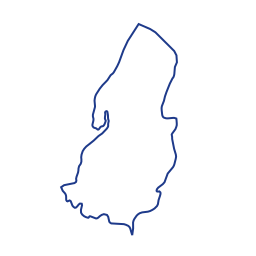 outline of Khenchela, rotated 192°
{"feature_id": "DZA-2219", "entity_name": "Khenchela", "entity_type": "Province", "adm_level": 1, "iso_a3": "DZA", "parent_name": "Algeria", "parent_adm1": "", "projection": "equal_earth", "projection_center": [7.088, 34.922], "detail": "fine", "context": "isolated", "style": "outline", "palette": "blue", "viewbox_px": 256, "rotation_deg": 192, "n_neighbors": 0, "source": "natural_earth", "source_scale": "10m", "svg_char_len": 2707}
<svg xmlns="http://www.w3.org/2000/svg" viewBox="0 0 256 256"><g transform="rotate(192 128 128)"><path d="M84.1,72.5L82.9,71.7L82.5,70.4L82.6,68.2L83.1,63.8L82.9,59.7L83.4,57.7L85.3,54.8L87.1,53.0L89.1,51.4L91.1,50.3L96.6,48.4L98.8,47.1L100.2,45.7L101.3,44.1L102.8,40.6L103.3,38.8L103.4,36.7L102.1,30.8L101.6,24.1L103.4,27.3L104.8,30.0L105.8,31.3L107.3,32.3L109.9,32.9L112.0,33.1L124.5,31.2L125.5,31.5L126.8,32.4L128.9,37.0L130.5,38.6L133.7,38.7L135.7,37.5L137.3,35.8L138.5,34.1L139.7,33.1L140.7,32.9L146.4,33.8L147.1,33.7L147.5,33.2L147.6,32.9L147.7,32.5L148.1,32.0L148.5,31.9L150.7,32.1L152.6,32.6L154.8,33.8L156.3,35.4L157.0,38.1L156.9,42.9L157.5,44.3L159.3,44.1L160.3,42.9L161.3,40.9L162.2,39.5L163.3,38.9L164.7,39.4L166.2,40.5L168.8,44.5L170.0,45.0L170.8,44.5L171.8,43.7L172.6,43.8L173.5,44.8L174.4,48.6L174.9,49.6L175.8,50.8L178.8,53.0L181.1,56.2L178.6,58.8L168.9,63.0L167.6,64.5L167.6,66.0L168.2,67.5L168.2,69.5L167.6,74.1L167.7,76.2L168.0,78.2L167.9,80.5L166.8,83.1L166.6,85.3L167.0,87.4L167.7,89.7L167.9,92.2L167.5,95.9L166.5,98.6L165.0,101.2L158.9,108.6L155.2,114.0L152.1,117.3L148.7,122.8L148.0,124.5L147.8,125.6L147.9,126.3L148.1,126.9L148.2,127.6L148.3,128.4L148.3,130.0L148.3,130.7L148.5,131.3L149.2,132.5L149.6,133.7L149.8,134.4L150.1,135.7L150.5,137.0L151.5,139.5L151.9,139.9L152.5,140.0L153.3,139.5L153.6,138.8L153.6,138.2L153.1,136.9L153.0,136.3L152.8,134.0L152.7,133.3L152.6,132.6L152.3,132.0L152.0,131.5L151.6,131.0L151.3,130.5L151.3,129.6L151.7,127.0L152.0,126.0L152.4,125.2L152.8,124.7L153.3,124.4L153.9,124.2L154.6,123.8L155.2,123.1L155.9,121.5L156.3,120.7L156.9,120.2L157.4,120.2L159.0,121.0L159.7,121.1L161.1,121.2L161.8,121.4L162.3,121.8L162.8,122.2L163.2,122.8L163.4,123.4L163.5,124.1L163.4,127.3L163.4,128.1L163.5,128.8L163.6,129.5L163.8,130.1L164.4,131.3L164.7,131.9L164.9,132.7L165.1,133.8L164.7,141.1L164.7,141.9L164.8,142.5L166.4,147.7L166.5,148.6L166.6,149.8L166.6,151.8L166.4,153.3L166.1,154.5L163.8,160.6L161.8,164.6L158.1,170.5L156.1,175.7L155.7,176.4L154.4,177.9L154.0,178.5L153.4,179.8L151.4,186.2L150.4,190.5L148.6,203.3L146.3,213.2L139.2,231.9L126.9,229.4L121.1,227.3L98.8,212.9L95.7,209.1L93.8,202.4L94.8,197.4L93.9,190.3L93.9,188.7L94.2,186.9L94.8,185.8L96.3,180.1L97.8,171.4L98.4,166.6L98.5,162.0L99.4,156.4L99.3,154.5L98.7,152.2L97.2,147.8L96.4,146.5L95.8,146.0L95.0,145.6L94.1,145.5L92.7,145.4L91.0,145.7L85.9,147.3L84.6,147.5L82.7,147.3L82.2,145.9L81.3,142.8L80.9,140.9L81.0,139.1L81.4,136.7L83.6,131.8L83.9,130.7L83.0,128.5L82.5,126.4L78.6,117.3L75.7,112.0L75.0,110.0L74.9,107.7L75.1,102.4L75.3,100.8L75.8,99.1L79.7,91.7L81.0,82.6L82.3,80.3L86.1,75.9L87.0,74.0L87.0,72.5L86.5,72.0L85.5,72.0L84.1,72.5Z" fill="none" stroke="#1e3a8a" stroke-width="2"/></g></svg>